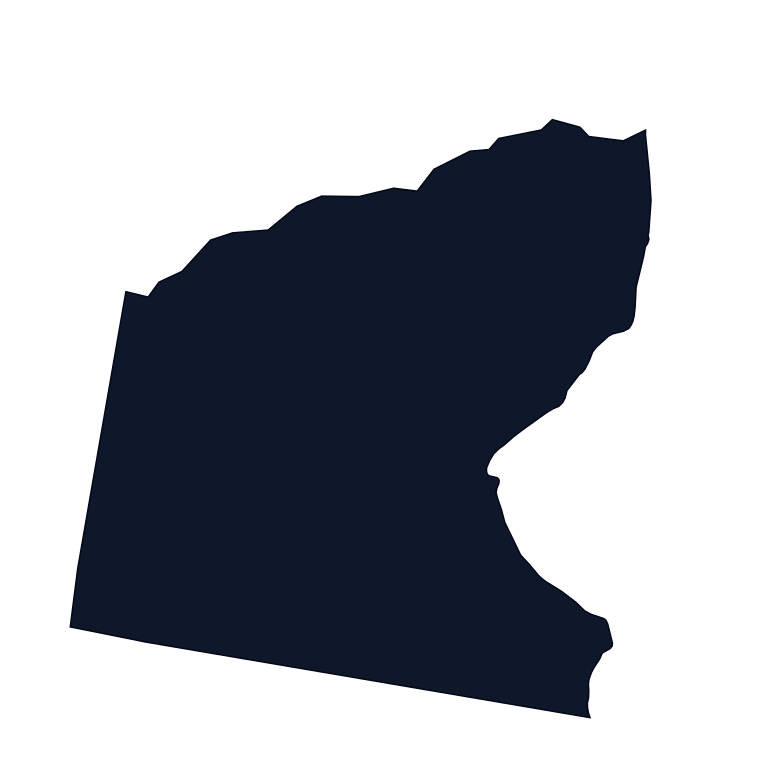 the district of Crawford, Wisconsin, United States of America, rotated 190°
{"feature_id": "52423323B39438565558439", "entity_name": "Crawford", "entity_type": "district", "adm_level": 2, "iso_a3": "USA", "parent_name": "United States of America", "parent_adm1": "Wisconsin", "projection": "albers", "projection_center": [-91.077, 43.206], "detail": "fine", "context": "isolated", "style": "filled", "palette": "ink", "viewbox_px": 768, "rotation_deg": 190, "n_neighbors": 0, "source": "geoboundaries", "source_scale": "gbopen_adm2", "svg_char_len": 1414}
<svg xmlns="http://www.w3.org/2000/svg" viewBox="0 0 768 768"><g transform="rotate(190 384 384)"><path d="M650.8,90.3L574.0,88.5L123.2,91.2L125.5,95.5L127.4,100.8L128.3,105.1L128.1,110.8L129.2,118.2L130.5,123.3L130.9,128.6L129.6,136.0L127.9,141.3L123.8,150.8L122.6,156.1L121.3,157.9L115.4,162.7L113.8,165.5L114.0,168.4L122.0,186.5L124.6,190.1L126.7,191.1L140.3,193.2L147.1,195.5L156.9,202.2L172.9,210.5L190.1,217.4L194.6,219.7L198.2,222.0L209.5,231.5L219.7,239.2L241.0,268.7L246.7,281.0L252.7,291.8L254.7,296.4L254.8,300.7L253.6,305.9L253.8,308.9L254.7,310.4L256.4,311.4L264.5,311.8L266.5,313.0L267.6,314.9L268.3,318.0L268.3,319.9L266.6,327.2L263.7,334.5L259.9,339.8L254.6,345.4L247.2,354.7L239.2,363.3L219.0,384.0L213.2,389.0L208.0,392.4L204.9,396.6L203.2,401.7L202.7,409.3L193.1,427.6L191.4,428.9L188.7,433.5L186.0,442.3L184.1,451.9L181.2,457.3L171.3,470.1L167.1,473.3L157.3,477.6L152.5,481.3L150.8,485.1L149.8,489.1L149.5,494.4L150.0,502.8L152.5,523.1L150.5,554.9L150.4,564.7L148.9,568.0L148.2,572.2L149.8,576.6L149.6,579.5L152.9,611.1L159.2,637.2L169.8,675.0L170.5,679.5L190.6,665.0L225.3,663.3L235.6,670.9L264.1,673.6L273.2,661.5L313.7,645.7L321.3,633.1L339.8,628.2L372.0,604.2L384.8,579.7L408.4,578.5L441.3,564.2L478.0,558.2L500.6,543.9L524.8,515.5L559.3,506.6L579.8,495.6L602.5,459.8L623.3,445.2L631.4,428.6L654.2,430.1L653.6,149.2L650.8,90.3Z" fill="#0f172a" stroke="#020617" stroke-width="1.5"/></g></svg>